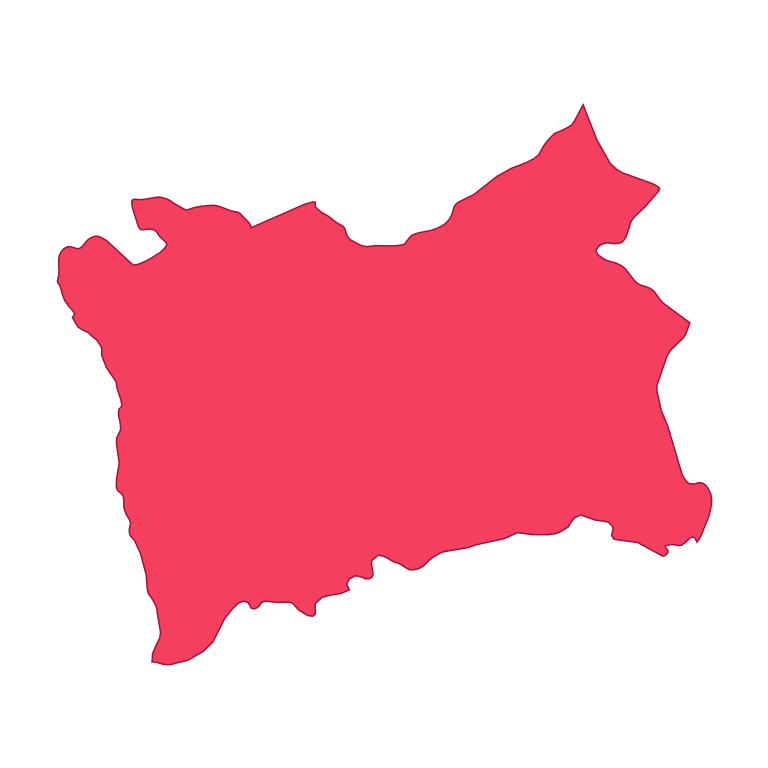 the Department of San Pedro, rotated 265°
{"feature_id": "PRY-606", "entity_name": "San Pedro", "entity_type": "Department", "adm_level": 1, "iso_a3": "PRY", "parent_name": "Paraguay", "parent_adm1": "", "projection": "natural_earth1", "projection_center": [-56.605, -24.173], "detail": "fine", "context": "isolated", "style": "filled", "palette": "rose", "viewbox_px": 768, "rotation_deg": 265, "n_neighbors": 0, "source": "natural_earth", "source_scale": "10m", "svg_char_len": 4738}
<svg xmlns="http://www.w3.org/2000/svg" viewBox="0 0 768 768"><g transform="rotate(265 384 384)"><path d="M644.8,606.7L608.8,617.3L584.3,628.4L578.0,633.9L573.6,639.9L560.2,668.9L557.5,673.1L554.9,675.7L552.2,674.4L538.1,659.9L527.7,647.0L525.7,645.3L523.8,644.0L509.8,638.2L506.8,635.9L504.6,633.4L503.8,630.7L503.6,627.8L503.8,625.1L505.1,619.5L504.8,615.6L503.5,611.1L499.6,607.3L496.9,607.0L493.6,608.9L490.7,612.3L488.1,616.0L486.1,620.5L484.6,624.9L481.8,630.0L477.8,634.4L464.6,642.9L461.4,646.0L459.5,649.7L458.1,653.5L455.9,657.7L452.8,661.1L443.5,666.7L440.3,669.1L418.2,694.1L406.8,688.6L405.3,687.2L403.8,686.1L392.5,672.2L387.3,668.4L358.8,655.8L354.1,655.2L333.6,657.8L316.9,663.1L268.8,672.9L264.6,674.4L262.3,675.7L259.5,677.7L258.5,679.0L257.9,680.2L257.6,682.3L257.5,684.3L257.6,685.6L258.1,687.9L258.1,689.4L258.0,690.9L257.4,692.8L255.7,695.0L252.4,697.5L246.3,699.9L240.8,700.4L235.1,699.7L224.6,696.4L204.8,686.4L199.1,682.1L203.4,680.4L204.8,678.2L203.7,675.1L200.2,670.8L197.5,666.6L197.4,663.3L198.4,659.9L199.1,655.8L198.3,650.1L196.3,650.3L193.7,652.3L191.0,652.0L188.4,648.6L188.4,646.5L204.0,622.8L208.7,601.9L209.6,599.3L213.2,597.6L215.9,598.3L218.6,599.5L222.1,599.3L226.8,595.5L228.5,589.8L229.9,582.9L236.4,568.3L234.3,562.4L229.6,557.9L225.5,555.1L223.2,550.5L221.0,545.9L219.9,541.1L219.6,533.7L221.0,518.7L223.7,507.0L224.2,503.4L220.7,494.2L219.3,489.0L216.0,463.0L213.6,452.2L211.8,429.6L210.6,424.8L207.3,418.0L204.9,414.2L199.1,407.2L197.8,404.5L196.8,401.4L196.4,396.7L196.6,394.5L196.9,393.0L198.0,391.1L203.5,384.1L206.0,378.0L211.3,370.8L214.1,363.6L209.4,356.6L206.5,355.8L195.6,356.6L192.6,355.3L191.3,352.2L191.6,348.4L193.5,345.2L195.5,339.2L193.1,332.9L188.0,329.3L182.0,331.6L179.0,322.5L178.4,312.9L177.0,303.9L171.4,296.5L168.3,295.9L164.2,295.9L160.5,295.3L158.9,292.6L159.9,288.3L162.2,284.7L164.4,282.0L165.5,280.2L166.7,279.0L173.6,273.8L174.9,270.2L175.7,258.8L177.8,248.0L177.9,245.1L176.9,243.1L174.6,241.0L172.3,238.5L171.3,234.9L172.4,232.1L177.9,229.8L179.6,226.4L179.5,222.6L178.1,219.6L173.5,213.7L164.2,204.8L142.1,191.2L133.7,181.1L126.1,165.0L125.1,159.9L124.7,155.9L123.2,148.1L123.2,143.6L124.0,139.7L126.7,132.9L127.3,128.7L135.2,129.9L138.8,131.6L140.3,132.5L141.9,133.2L149.7,138.0L151.2,138.6L154.6,139.5L156.6,139.7L176.9,138.1L177.6,138.3L180.0,138.1L183.2,137.3L189.4,134.7L194.6,131.6L196.9,130.7L200.1,130.3L214.3,130.5L236.2,126.7L249.7,121.9L251.9,120.5L253.1,119.3L254.5,118.3L256.3,117.6L258.6,117.3L261.7,117.7L264.1,118.3L266.5,119.2L268.4,119.3L270.7,118.8L276.7,115.8L280.9,114.7L284.1,114.1L291.8,114.7L294.4,114.5L296.4,113.8L298.3,112.2L301.0,109.5L303.0,108.7L305.7,108.4L313.1,109.4L328.5,113.4L346.3,112.3L350.6,112.5L353.7,113.1L361.1,117.5L364.0,117.8L368.1,117.8L376.1,116.8L379.8,117.2L382.3,118.0L384.4,120.6L387.2,120.9L391.8,120.4L401.6,117.9L406.0,117.4L408.9,117.4L411.0,116.5L424.6,108.9L436.9,105.3L439.6,105.4L441.5,105.8L443.4,105.9L445.7,105.6L453.0,101.5L457.1,97.2L461.2,93.7L463.7,89.1L467.5,84.0L477.5,79.4L480.7,82.0L482.0,81.5L484.5,80.1L487.9,77.4L495.0,73.2L500.8,71.5L507.2,70.4L510.6,69.5L513.4,67.8L515.0,67.6L519.8,69.2L523.8,70.0L536.7,70.8L541.1,72.1L543.7,73.8L546.2,76.2L547.6,78.7L548.3,81.1L548.2,83.2L547.4,85.6L545.9,89.2L545.4,91.2L545.8,93.0L547.2,95.3L552.4,100.3L553.6,101.8L554.8,104.0L555.8,106.6L556.3,108.6L556.4,110.0L556.0,111.9L555.3,113.8L553.2,117.2L550.7,120.5L525.4,143.4L524.3,145.2L524.4,147.7L525.1,150.9L526.6,155.7L529.1,161.8L534.5,172.5L538.3,177.2L541.4,179.6L543.0,179.6L544.7,178.6L549.4,174.3L551.5,172.8L555.0,170.9L556.6,169.6L557.7,167.9L558.4,165.6L558.8,162.4L558.7,157.1L559.0,155.1L560.3,154.0L563.0,152.8L581.7,148.7L585.9,148.5L588.9,149.0L589.7,150.4L589.8,152.1L589.0,156.3L588.8,161.0L589.9,174.5L589.7,176.6L589.2,178.6L587.2,183.9L585.3,186.9L582.0,190.8L575.2,200.8L574.6,202.4L574.8,204.2L576.2,209.8L577.1,218.7L577.0,228.1L576.8,230.4L576.3,232.4L575.0,236.0L569.7,247.0L568.0,253.1L567.4,254.3L566.8,255.1L556.5,263.5L553.6,264.9L551.3,265.3L570.0,320.6L571.6,329.0L571.0,331.6L569.1,331.1L568.3,331.0L567.0,331.1L565.7,331.6L564.4,332.6L559.8,337.5L555.9,343.3L549.0,350.7L545.0,356.5L543.8,357.6L542.3,358.4L534.8,360.2L533.3,361.1L531.9,362.0L530.6,363.1L524.7,372.0L523.7,373.8L522.3,379.4L522.6,387.6L520.8,404.7L520.8,411.6L521.3,416.3L527.9,422.5L529.6,424.6L530.8,427.9L531.6,432.0L532.9,444.0L534.2,449.6L535.8,454.0L537.5,457.5L539.6,460.5L542.2,463.2L544.7,465.1L547.5,466.6L553.2,468.8L555.5,470.0L557.3,471.9L558.7,474.1L565.0,490.2L581.2,514.9L587.7,529.6L592.1,544.8L595.3,552.8L598.7,557.9L607.7,564.1L612.8,568.8L618.7,575.7L621.4,584.1L623.6,589.4L625.5,593.2L628.6,596.1L644.8,606.7Z" fill="#f43f5e" stroke="#9f1239" stroke-width="1.5"/></g></svg>